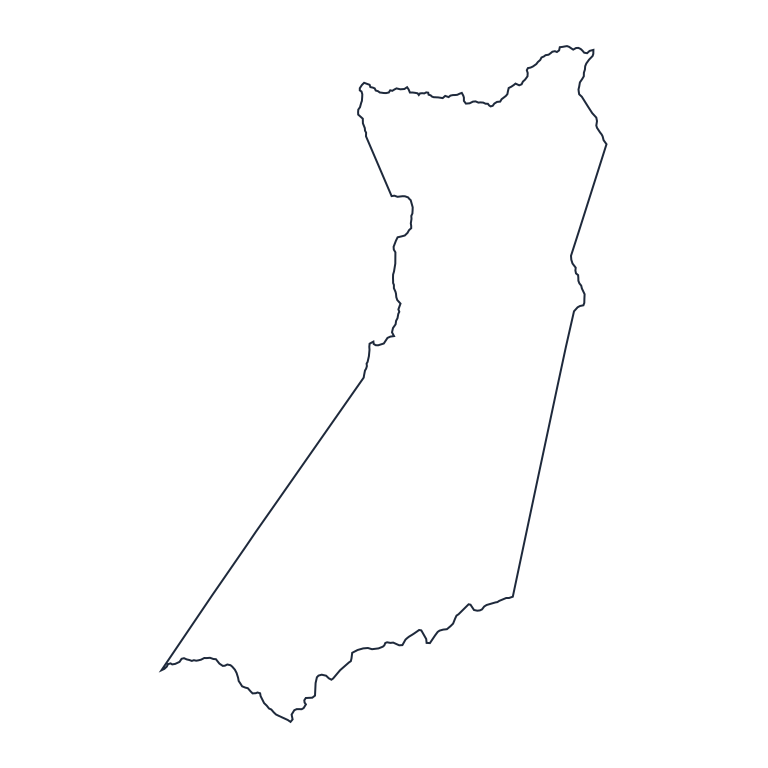 the district of Loreto, Maranhão, Brazil
{"feature_id": "56859067B64584099419455", "entity_name": "Loreto", "entity_type": "district", "adm_level": 2, "iso_a3": "BRA", "parent_name": "Brazil", "parent_adm1": "Maranhão", "projection": "robinson", "projection_center": [-45.236, -7.204], "detail": "fine", "context": "isolated", "style": "outline", "palette": "slate", "viewbox_px": 768, "rotation_deg": 0, "n_neighbors": 0, "source": "geoboundaries", "source_scale": "gbopen_adm2", "svg_char_len": 4524}
<svg xmlns="http://www.w3.org/2000/svg" viewBox="0 0 768 768"><path d="M593.4,49.9L589.6,50.9L587.1,53.2L584.2,52.7L582.3,50.5L580.7,49.0L578.4,47.9L576.1,48.0L573.2,49.6L571.5,48.5L569.0,46.8L567.0,46.1L565.1,46.4L562.4,46.9L559.8,47.2L559.1,50.4L556.9,52.0L554.9,51.2L552.4,51.7L550.6,53.2L548.6,54.7L545.5,55.2L544.0,56.4L541.5,57.5L540.2,60.0L537.9,62.0L536.3,64.1L532.9,66.5L530.5,67.6L527.9,68.1L526.8,70.2L527.7,73.0L527.5,76.3L526.2,78.1L525.0,79.7L522.9,81.6L521.6,84.3L519.2,85.3L515.5,83.6L513.8,85.0L511.3,86.7L508.7,88.0L507.9,91.4L507.4,94.1L505.9,95.9L503.2,98.0L501.6,99.2L500.2,101.6L497.0,101.9L494.3,103.6L492.7,105.8L490.6,106.4L489.1,105.4L487.9,103.8L485.5,103.7L483.2,102.6L480.3,102.4L478.4,102.6L475.6,101.4L473.0,101.6L469.6,103.3L465.9,103.6L463.9,100.9L463.9,97.6L463.3,95.7L461.8,92.9L459.6,93.7L457.3,94.8L455.5,95.0L452.8,95.1L450.4,95.6L448.6,97.1L445.2,95.9L442.7,98.1L438.2,97.4L433.7,97.2L432.0,96.6L430.6,95.3L428.6,94.7L428.2,92.7L426.2,92.4L424.3,93.4L422.2,93.2L420.0,93.4L418.8,95.0L417.6,93.3L414.9,92.8L412.4,92.5L409.9,92.5L408.6,89.4L407.1,87.2L404.4,89.0L400.3,89.3L396.5,88.4L394.4,89.5L392.3,90.8L390.2,90.3L388.8,92.5L386.0,93.1L383.6,93.0L381.6,92.7L379.8,92.5L378.0,91.2L375.7,90.5L374.7,88.4L372.8,87.6L370.4,87.1L369.6,84.8L364.1,82.8L361.9,85.0L359.8,88.2L359.8,90.4L361.5,91.5L362.3,94.2L362.2,97.0L361.9,100.9L361.2,102.8L360.0,107.2L358.3,109.6L358.1,112.1L358.2,114.6L362.8,118.7L362.9,123.3L364.8,128.1L365.0,130.6L366.1,132.7L366.0,136.3L391.6,196.1L394.4,195.7L397.5,196.8L402.7,196.2L405.0,196.3L408.1,197.4L409.3,198.9L410.7,200.2L412.7,207.3L412.6,210.3L412.4,213.5L411.3,215.9L411.5,218.9L410.8,223.4L411.2,225.9L411.2,228.2L409.0,230.2L407.5,232.9L404.8,235.5L401.5,236.4L397.6,237.3L395.9,240.8L393.6,246.8L393.8,249.6L395.4,252.3L395.3,263.6L394.0,271.5L393.1,274.5L393.0,277.8L393.1,280.7L393.1,283.0L393.9,284.9L393.9,288.2L395.5,291.8L396.0,293.8L396.3,297.2L397.3,300.1L400.5,303.6L398.4,309.4L399.3,311.8L398.3,313.8L397.5,318.2L396.1,320.8L395.6,324.3L393.0,328.0L392.0,332.3L394.0,336.1L390.4,336.6L387.5,337.9L383.8,343.5L378.1,345.3L375.7,345.2L373.7,344.0L373.4,341.6L369.6,343.7L369.3,346.8L369.5,349.8L368.9,356.2L367.6,361.9L366.6,363.6L366.9,366.1L366.1,368.7L365.0,370.5L364.0,375.6L363.7,377.6L306.3,459.7L276.6,502.2L255.7,532.0L251.9,537.6L246.4,545.7L221.7,581.5L212.5,594.8L161.5,670.2L164.3,668.9L166.8,666.6L168.0,664.1L170.6,663.4L172.2,664.4L175.2,663.9L179.5,661.9L181.6,658.8L184.0,658.2L186.7,659.4L189.3,660.0L191.8,660.9L193.9,660.2L196.2,660.7L198.1,660.4L201.0,659.7L204.3,658.0L206.5,658.1L210.0,657.8L213.4,659.0L215.9,659.2L219.4,663.6L222.8,665.9L224.9,665.7L227.3,664.5L230.5,665.2L232.3,666.7L234.9,669.7L236.6,673.0L238.1,677.8L238.7,681.0L240.5,683.7L242.1,686.3L245.3,687.6L247.8,688.2L250.7,691.5L252.6,693.4L255.8,693.2L257.5,692.5L260.1,693.3L260.6,696.1L264.1,703.1L266.7,705.6L269.0,708.5L271.3,709.5L273.7,712.3L276.0,714.5L279.3,716.1L287.8,720.0L290.5,721.9L292.6,719.4L291.6,714.6L294.3,710.2L296.8,709.1L301.7,709.2L303.6,708.1L305.9,704.4L304.6,702.6L304.3,700.3L305.8,698.0L312.3,697.7L315.0,695.6L315.6,683.0L316.9,677.3L318.5,675.6L321.7,674.7L326.1,675.7L328.8,678.3L331.4,679.7L333.1,678.5L340.1,670.2L349.0,662.4L350.8,661.2L351.5,658.4L352.2,652.8L357.6,650.0L363.2,648.4L367.9,648.0L372.0,649.2L378.5,648.4L382.8,646.7L384.3,645.4L385.3,643.0L387.1,642.3L390.4,642.9L393.2,642.6L399.2,645.3L402.4,645.1L405.5,639.6L407.3,638.0L409.1,636.6L412.1,634.8L414.1,633.5L417.0,631.5L419.1,630.0L421.3,630.4L426.2,639.0L426.6,642.9L429.9,643.1L435.1,635.4L437.7,631.9L439.6,630.6L443.2,629.6L446.9,629.2L450.7,626.0L453.1,623.6L455.1,618.6L456.5,615.6L458.5,614.3L468.6,604.3L470.5,604.7L474.0,610.0L477.3,610.7L479.9,610.4L482.0,609.4L484.2,606.5L486.6,605.0L495.5,602.4L497.4,602.1L499.2,600.9L500.9,600.2L506.2,598.0L509.0,598.0L512.8,596.7L538.1,477.1L548.4,428.8L557.2,387.4L565.9,346.9L574.0,311.3L577.6,307.3L580.0,306.0L583.4,305.3L584.3,302.9L584.4,298.6L584.6,294.2L581.9,288.5L581.2,285.6L579.4,283.4L578.4,280.8L578.3,277.4L578.1,275.1L576.0,273.4L575.4,270.5L575.7,267.7L572.5,263.5L571.3,259.7L571.0,255.8L573.1,249.3L579.2,230.3L606.5,144.2L603.6,140.2L602.6,136.3L601.6,134.4L600.1,132.5L597.0,127.8L596.3,125.5L597.0,121.1L596.3,117.6L592.2,113.1L588.2,106.9L581.8,96.7L579.2,94.3L578.8,92.0L578.5,89.5L579.2,86.5L579.9,82.4L582.2,79.0L583.8,76.3L583.9,72.7L584.9,69.6L585.2,66.2L586.3,63.5L589.1,59.6L592.6,56.0L593.3,53.9L593.4,49.9Z" fill="none" stroke="#1e293b" stroke-width="2"/></svg>